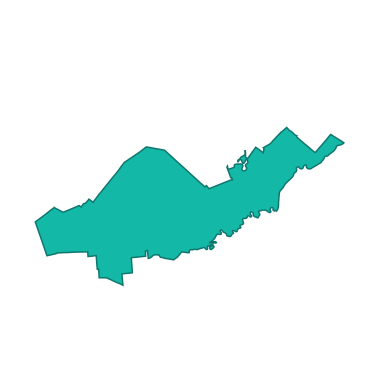 Ghilad, Timis, Romania, rotated 155°
{"feature_id": "2599482B20646127738139", "entity_name": "Ghilad", "entity_type": "district", "adm_level": 2, "iso_a3": "ROU", "parent_name": "Romania", "parent_adm1": "Timis", "projection": "mercator", "projection_center": [21.055, 45.454], "detail": "fine", "context": "isolated", "style": "filled", "palette": "teal", "viewbox_px": 384, "rotation_deg": 155, "n_neighbors": 0, "source": "geoboundaries", "source_scale": "gbopen_adm2", "svg_char_len": 6028}
<svg xmlns="http://www.w3.org/2000/svg" viewBox="0 0 384 384"><g transform="rotate(155 192 192)"><path d="M346.7,231.1L348.1,217.2L348.5,213.3L350.4,195.5L342.4,193.8L342.4,193.7L340.8,193.6L339.6,193.4L339.2,193.6L338.9,193.5L337.3,192.6L333.9,191.3L331.0,190.0L322.4,186.5L311.8,181.8L313.5,177.5L308.8,175.8L305.7,174.9L308.6,167.2L310.5,162.0L309.3,161.5L310.8,157.4L312.4,153.5L306.8,150.9L306.5,150.6L305.8,150.4L302.4,146.5L300.3,143.9L295.8,139.0L294.0,136.7L290.8,145.6L290.5,146.3L290.2,147.4L280.2,144.0L274.8,158.0L274.6,157.9L274.5,158.0L261.2,153.4L259.1,158.1L257.1,157.9L259.7,150.3L259.2,150.3L257.8,149.9L257.4,149.9L254.7,150.7L253.4,150.9L252.4,150.8L250.6,150.0L248.9,149.0L248.8,148.9L248.5,148.9L248.3,146.6L248.2,146.5L247.9,145.9L246.1,144.9L245.7,144.3L245.2,143.8L243.0,142.2L242.2,141.8L237.4,138.3L232.6,139.2L226.5,142.1L226.4,141.9L220.5,138.2L220.0,138.5L220.0,138.9L219.7,139.3L218.5,140.1L218.1,140.3L217.7,140.3L215.7,139.3L213.8,139.0L213.3,138.8L212.3,137.9L211.7,137.6L208.9,137.4L207.0,137.0L204.8,136.7L204.2,136.3L204.0,135.8L203.6,134.3L203.3,133.9L202.8,133.6L202.2,133.6L201.9,133.9L201.6,134.6L201.4,135.5L201.0,136.1L200.4,136.4L199.7,136.4L199.5,136.2L199.3,135.7L199.3,134.6L199.7,133.2L199.8,132.6L199.5,132.2L199.1,131.8L198.5,131.8L196.4,132.2L195.4,132.8L195.1,133.3L195.5,134.7L196.0,134.8L198.3,134.8L198.5,134.9L198.6,135.0L198.5,135.4L197.2,136.2L196.3,136.4L196.0,136.4L195.3,136.1L193.9,136.6L193.3,136.6L193.0,136.4L192.0,135.7L191.7,135.7L191.2,135.9L191.7,137.0L192.3,137.4L193.5,137.8L195.4,138.0L197.3,138.6L197.2,138.7L196.9,138.9L194.1,139.1L192.0,140.0L191.3,140.2L187.9,142.7L186.8,143.1L186.3,143.0L185.6,142.5L185.2,142.1L184.7,141.7L183.9,141.5L183.3,141.6L183.2,141.7L182.7,142.5L183.0,144.3L183.0,144.7L182.8,145.1L182.3,145.4L181.5,145.1L181.1,144.7L180.9,144.4L180.8,143.9L180.6,142.6L180.3,142.1L179.0,140.7L178.7,139.9L178.6,139.4L178.8,138.5L178.8,137.9L178.6,137.3L178.4,137.0L177.4,136.1L176.2,135.6L175.8,135.5L175.0,135.8L174.0,136.6L173.6,136.8L173.3,136.9L172.2,136.9L171.8,137.1L171.7,137.6L172.1,138.7L172.1,139.2L171.9,139.6L171.6,139.8L171.1,139.7L170.3,139.2L169.3,137.9L168.8,137.4L168.0,137.2L167.8,137.4L166.7,138.5L165.7,139.0L164.7,139.2L163.4,138.9L162.9,139.0L162.7,139.3L162.7,139.5L162.9,140.7L162.9,141.0L162.9,141.3L162.6,141.5L162.2,141.6L160.2,141.2L159.3,141.3L158.6,141.7L158.4,142.3L158.0,145.2L157.6,145.9L157.3,146.2L156.7,146.2L154.6,145.4L153.7,145.3L153.2,145.4L152.9,145.6L151.9,146.7L151.6,146.8L151.1,146.8L150.7,146.5L149.8,145.0L149.5,144.7L149.3,144.5L148.5,144.6L148.2,144.8L148.0,145.3L148.1,146.1L148.4,146.7L148.5,147.2L148.3,147.9L147.9,148.6L147.6,148.9L147.0,149.0L146.7,149.0L146.2,148.7L145.6,147.5L145.6,147.3L145.7,146.5L146.1,145.2L146.1,144.7L146.1,144.3L145.9,143.4L145.6,143.0L144.5,142.2L143.8,141.1L143.6,141.0L143.0,140.8L142.5,141.1L141.7,141.8L140.7,142.3L140.3,142.6L140.0,143.3L139.9,143.7L139.9,144.1L140.1,145.4L140.0,145.8L139.8,146.3L139.5,146.4L138.1,146.0L136.4,145.9L135.1,145.6L134.1,145.1L132.8,144.1L132.3,143.5L131.9,143.0L131.5,142.0L130.3,140.5L130.0,140.4L129.7,140.4L128.9,140.8L128.8,141.3L128.7,142.8L128.4,143.3L128.0,143.9L127.5,144.2L126.8,144.4L126.6,144.4L125.8,143.9L125.1,142.7L125.8,141.8L126.2,141.6L125.9,140.7L125.5,140.1L125.2,139.9L124.4,139.7L123.9,139.8L123.2,139.4L123.2,139.1L121.4,140.4L120.8,141.0L120.3,141.6L119.3,143.2L117.8,146.3L116.5,148.5L115.6,150.2L113.6,153.6L112.7,154.9L111.9,155.6L107.6,157.5L103.9,160.0L98.1,161.9L95.0,163.0L94.3,163.3L92.9,164.3L92.5,164.9L91.9,165.6L91.3,165.9L89.3,166.3L88.9,166.5L87.8,167.7L87.3,169.5L87.2,169.8L87.0,170.0L86.0,170.1L84.9,169.8L84.7,169.6L84.6,169.4L84.5,168.3L84.2,167.7L83.3,166.9L82.2,166.5L81.6,166.7L81.1,167.0L80.0,168.3L78.2,168.6L77.8,168.6L77.5,168.3L77.1,167.6L77.2,167.2L77.9,166.1L77.9,165.8L77.5,164.9L76.7,163.8L75.9,163.4L74.8,162.9L73.9,162.9L72.7,163.2L67.7,163.6L64.7,164.0L63.0,164.1L62.5,164.2L61.8,164.8L61.4,165.0L59.5,165.7L58.8,166.1L57.9,166.8L57.2,167.6L56.5,168.0L55.7,168.0L54.2,167.4L53.7,167.4L51.3,168.2L48.3,168.8L45.5,169.5L43.5,170.7L42.7,171.3L41.5,172.4L40.7,172.7L38.1,172.0L36.0,171.8L34.1,172.1L33.6,172.4L35.4,175.5L37.3,178.3L42.0,185.6L51.4,181.1L58.5,178.0L63.6,175.7L63.8,175.7L65.9,180.0L67.6,183.9L69.8,188.5L73.9,197.6L73.1,198.7L73.7,199.1L74.5,200.1L75.6,203.0L76.7,205.5L77.5,206.0L78.9,210.5L85.2,208.6L85.8,208.7L96.9,204.3L100.4,202.7L108.7,202.0L108.3,201.2L110.8,197.3L112.9,201.3L115.3,205.6L127.5,198.8L128.8,200.7L128.8,200.9L127.2,204.3L126.4,206.3L126.3,206.8L126.7,207.0L127.0,206.1L127.5,204.3L127.7,204.0L128.1,203.7L129.2,203.2L132.6,203.0L134.9,201.8L136.0,201.6L136.8,201.4L137.6,200.7L137.7,200.0L137.4,199.9L137.2,199.9L136.3,200.7L135.4,201.1L134.8,201.1L134.2,200.7L134.0,200.4L133.8,199.9L133.8,196.7L133.7,196.3L133.5,196.2L132.6,196.3L131.9,196.6L130.6,197.5L130.0,198.2L129.8,198.3L128.8,198.4L128.5,197.9L128.5,197.1L128.8,195.4L128.8,195.1L129.1,194.8L129.6,194.5L131.6,194.3L131.9,194.1L132.3,193.7L132.5,193.1L132.6,192.7L132.5,192.1L132.2,191.4L132.2,191.2L132.5,190.5L133.0,189.6L133.4,189.3L135.2,189.0L135.9,189.1L136.8,189.6L137.1,190.4L137.2,191.2L137.0,191.8L136.4,192.7L135.2,193.6L134.8,194.1L134.8,195.0L135.2,196.1L135.6,196.6L135.9,196.8L137.8,197.6L139.1,198.2L141.3,198.9L141.9,198.7L142.5,198.3L142.6,197.9L142.7,197.3L143.1,196.8L143.4,196.6L144.6,196.6L149.0,197.2L149.4,197.8L149.6,198.5L149.4,199.1L148.9,200.0L148.9,200.6L149.9,199.7L150.0,198.4L150.8,188.6L150.0,188.2L150.0,187.8L150.2,187.5L150.1,186.0L151.7,186.5L175.2,187.8L176.2,191.7L178.1,191.2L179.8,194.9L185.9,209.5L186.3,210.6L193.5,227.7L199.2,241.5L214.4,252.2L222.5,250.3L240.9,247.4L244.4,245.5L244.6,245.5L250.1,242.3L261.4,236.9L274.6,230.4L277.1,229.3L286.0,224.5L288.4,229.1L291.1,227.6L291.3,227.7L293.5,226.8L295.2,227.3L298.8,225.2L300.0,227.4L309.1,227.7L317.4,228.1L320.4,232.2L322.0,234.1L323.0,235.5L323.4,236.3L324.0,235.9L326.8,235.5L334.6,233.6L346.7,231.1Z" fill="#14b8a6" stroke="#0f766e" stroke-width="1.5"/></g></svg>